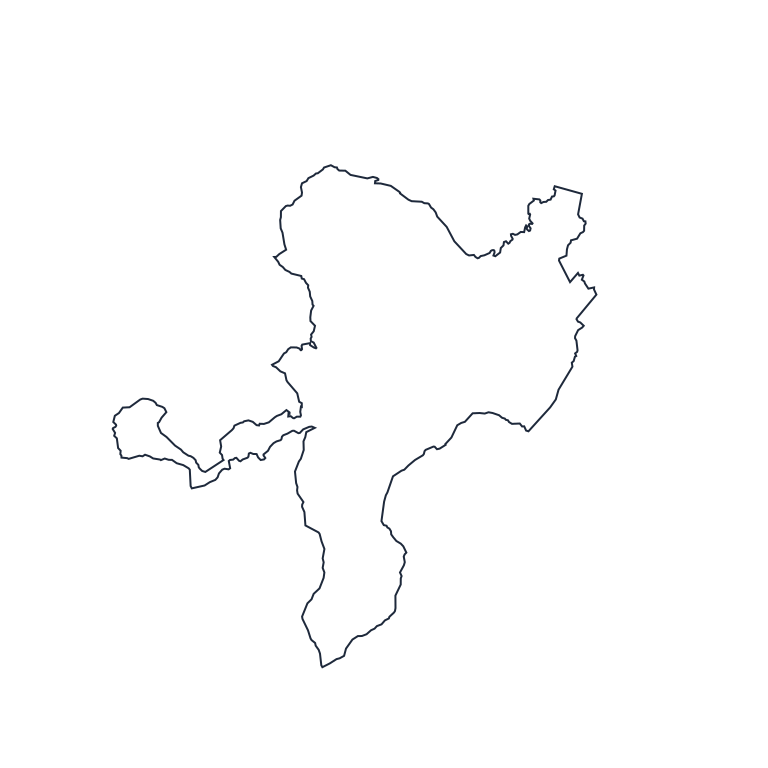 Pasaje, El Oro, Ecuador (Mercator projection), rotated 151°
{"feature_id": "8360857B52243980096662", "entity_name": "Pasaje", "entity_type": "district", "adm_level": 2, "iso_a3": "ECU", "parent_name": "Ecuador", "parent_adm1": "El Oro", "projection": "mercator", "projection_center": [-79.713, -3.323], "detail": "fine", "context": "isolated", "style": "outline", "palette": "slate", "viewbox_px": 768, "rotation_deg": 151, "n_neighbors": 0, "source": "geoboundaries", "source_scale": "gbopen_adm2", "svg_char_len": 6154}
<svg xmlns="http://www.w3.org/2000/svg" viewBox="0 0 768 768"><g transform="rotate(151 384 384)"><path d="M358.4,599.3L361.2,596.5L362.9,591.2L364.8,588.7L373.4,587.7L376.9,585.3L379.7,585.4L381.8,586.8L383.6,587.2L390.3,585.2L393.3,579.9L395.3,577.8L398.9,570.2L399.4,565.6L403.4,554.4L404.5,548.9L412.6,548.4L416.6,547.4L418.4,548.3L417.3,542.2L417.5,538.9L415.8,535.4L415.0,531.6L412.3,527.8L411.5,525.5L404.0,518.6L404.8,516.1L403.1,514.4L403.2,510.3L402.4,507.1L403.8,505.1L404.2,500.7L406.1,496.4L406.5,491.3L408.0,488.1L407.7,486.5L412.1,483.6L416.1,478.1L417.8,474.7L416.1,468.4L419.9,464.2L423.8,462.6L424.5,460.3L426.1,459.3L427.2,456.9L425.4,454.3L425.6,448.4L426.2,448.2L427.6,449.8L429.8,453.8L428.9,455.6L436.4,458.1L437.6,457.3L438.8,454.2L439.9,453.7L440.5,454.0L440.7,455.9L442.7,458.3L447.7,461.2L450.9,460.9L454.1,459.2L456.7,459.2L465.1,454.9L472.6,455.1L472.4,453.6L470.3,451.0L468.5,445.3L465.4,441.3L467.5,434.5L467.4,432.4L464.4,417.9L466.8,409.6L465.2,407.1L467.0,403.8L467.6,404.5L470.8,400.2L471.8,396.9L473.0,396.0L476.1,397.7L479.2,397.6L480.0,398.2L481.2,401.1L483.5,402.0L481.8,404.5L481.1,403.8L480.4,404.9L482.0,408.5L488.4,407.3L493.2,408.0L495.7,407.8L503.3,406.3L508.4,407.3L512.0,409.5L513.4,408.3L515.4,409.8L517.1,414.5L520.2,417.9L524.4,419.2L526.1,418.8L528.3,419.6L535.0,420.1L537.1,418.2L539.5,417.4L554.6,414.3L556.7,408.3L560.9,403.6L560.1,400.4L561.4,396.9L561.2,395.3L582.9,393.7L585.2,396.1L586.2,399.4L586.4,400.9L585.6,403.3L586.4,406.3L585.7,408.7L586.5,411.8L588.1,414.6L589.8,416.1L592.7,421.6L593.4,425.1L596.6,431.4L599.9,443.1L602.8,449.3L602.1,457.0L600.7,459.6L599.3,459.6L594.8,462.4L588.0,464.9L587.8,469.3L589.0,471.5L592.9,475.7L592.9,478.3L594.0,481.2L597.6,485.2L602.2,488.2L604.7,488.6L617.8,487.0L623.9,490.0L629.9,487.1L634.8,486.7L639.2,482.0L638.1,478.4L638.4,477.4L639.7,476.7L642.3,476.8L643.1,476.2L642.9,471.6L645.1,469.5L644.0,466.0L647.6,456.9L646.7,453.3L648.6,450.5L648.4,448.7L649.3,446.9L644.6,443.7L643.6,442.3L632.8,439.9L630.2,437.8L627.3,438.0L623.9,434.2L622.0,430.8L616.5,426.5L616.1,425.6L611.9,425.1L609.1,422.1L606.2,420.4L603.7,415.2L598.9,410.4L595.7,404.9L595.4,403.2L602.6,388.5L602.7,385.9L590.1,382.2L583.9,382.6L578.0,381.9L574.8,383.0L571.7,385.8L567.0,387.5L564.5,387.2L561.3,384.7L559.4,384.9L557.1,391.9L555.5,392.2L552.6,391.0L550.3,391.5L548.9,391.0L548.0,387.1L547.0,386.0L544.2,386.5L539.1,385.7L537.8,386.2L535.9,388.7L534.2,388.6L532.3,386.2L529.4,384.5L529.7,380.8L528.7,377.3L525.5,376.2L523.7,376.8L524.0,379.9L523.5,380.8L517.9,381.8L514.1,384.3L509.3,385.8L505.9,385.9L501.6,385.0L500.3,385.6L498.8,387.4L496.9,388.0L492.5,387.4L486.9,387.5L485.4,386.8L482.7,382.5L481.4,382.0L476.7,383.5L470.2,382.8L467.8,381.8L465.8,379.2L475.3,379.6L478.6,375.7L482.2,372.9L486.2,365.2L493.0,358.9L496.0,357.5L504.3,350.6L508.9,339.9L509.6,335.9L511.6,333.1L512.7,330.0L511.7,319.8L514.0,318.2L515.2,316.3L515.7,310.6L521.3,298.4L513.2,285.9L513.0,284.0L514.9,276.7L516.1,268.6L522.2,261.2L523.2,257.3L526.8,252.9L527.5,248.1L530.8,243.7L539.5,236.5L547.2,234.6L551.8,230.8L557.3,229.3L568.4,220.3L569.2,218.0L569.9,205.4L571.6,197.0L571.5,195.1L569.8,190.9L570.6,188.3L570.0,183.2L570.7,179.2L575.2,168.4L575.2,166.2L566.9,165.9L558.9,166.4L555.8,165.6L550.7,165.6L545.5,171.0L535.5,175.8L529.1,176.2L525.5,174.3L520.6,173.6L514.7,174.9L510.9,174.6L507.6,175.7L502.7,175.0L497.8,176.8L493.4,176.6L492.1,177.8L486.0,179.3L484.5,180.1L482.6,182.4L476.6,193.4L466.6,200.5L463.6,205.8L461.7,207.5L461.4,211.4L454.5,215.8L452.2,218.1L450.4,223.5L448.5,225.0L446.2,225.7L445.8,232.7L446.7,236.2L449.3,240.7L450.2,245.4L450.6,249.0L449.3,251.8L449.4,254.9L450.6,256.9L450.5,258.8L452.6,260.7L452.7,265.3L440.9,281.1L436.3,285.8L433.6,287.5L420.9,298.9L410.7,299.7L407.8,299.2L402.1,300.9L393.7,302.5L384.5,302.8L383.0,303.5L381.1,305.6L379.5,306.2L371.1,305.3L370.1,304.6L369.3,301.3L366.7,300.5L359.6,300.9L359.5,301.7L351.0,304.5L339.9,312.4L335.3,312.5L331.6,311.7L320.7,315.4L314.5,312.3L310.2,309.3L306.3,308.6L303.1,306.0L298.5,300.9L297.1,297.2L295.1,295.2L294.8,293.6L293.2,292.2L293.1,290.1L291.4,287.1L284.4,283.6L283.8,279.9L281.9,279.0L282.3,274.4L280.6,272.6L250.0,283.0L241.2,287.2L234.1,294.4L210.8,307.8L209.4,311.6L207.0,312.1L203.8,315.3L202.3,315.3L202.0,318.1L199.5,318.5L198.4,319.6L194.7,328.6L194.7,331.5L193.6,333.2L188.1,337.0L183.3,337.3L181.1,338.1L182.5,342.7L184.1,344.5L184.2,347.4L183.6,348.0L154.9,359.2L154.5,364.9L153.4,366.6L159.0,368.3L159.5,374.5L159.1,376.5L160.4,379.3L156.9,382.2L157.1,383.1L160.6,384.1L160.5,387.1L171.9,382.9L171.1,407.1L169.9,408.7L162.2,407.8L158.7,413.1L155.8,416.1L152.3,417.1L150.8,419.0L144.7,417.5L139.2,420.6L136.4,420.4L134.7,421.0L132.1,425.5L129.9,426.5L129.0,428.6L130.3,429.5L130.2,432.4L132.2,434.8L132.0,438.3L118.7,454.4L138.8,474.2L141.1,472.0L140.2,470.0L143.4,466.2L144.5,465.8L146.2,466.5L148.9,464.5L151.4,465.4L153.7,464.7L156.3,465.9L158.8,466.0L159.2,467.2L158.3,468.7L158.6,470.1L163.5,473.6L164.0,471.8L169.6,471.0L171.4,469.9L175.2,463.0L175.1,462.5L174.0,462.2L174.0,461.4L176.8,458.3L177.0,455.9L176.2,452.5L176.8,452.2L178.8,453.5L179.9,453.3L180.6,451.6L180.3,449.1L181.8,447.4L183.1,447.5L183.9,449.7L183.9,450.6L182.3,452.5L182.8,453.8L184.6,452.6L187.8,448.9L190.7,450.7L194.9,450.2L197.1,450.9L198.5,452.9L200.4,453.4L201.0,452.0L201.1,448.5L201.7,448.0L204.2,447.7L205.8,446.6L207.3,446.5L208.1,449.7L210.3,450.0L212.3,447.3L215.9,446.3L218.7,442.7L224.7,441.8L226.0,443.3L223.5,445.5L222.9,446.9L223.1,447.9L224.5,448.6L226.0,448.6L228.1,447.4L233.8,447.9L237.4,449.0L239.9,448.3L241.2,448.6L242.4,450.8L242.8,453.3L247.3,455.2L249.1,457.8L253.3,474.7L253.0,491.0L256.3,504.6L255.6,509.0L256.1,512.9L257.3,515.5L257.4,519.6L258.1,520.7L261.1,522.6L262.6,525.1L271.2,530.5L273.3,533.4L277.6,543.0L277.1,543.6L277.6,545.0L282.0,554.0L289.7,561.0L294.6,563.9L293.3,565.8L290.1,565.2L289.6,565.9L290.3,567.6L293.3,570.5L298.9,571.9L311.9,583.1L314.4,589.3L319.7,592.4L320.5,594.6L320.2,596.2L322.1,597.5L324.4,601.1L331.5,602.4L333.4,601.3L339.7,600.4L341.5,601.1L344.5,600.4L350.3,600.7L353.3,599.0L358.4,599.3Z" fill="none" stroke="#1e293b" stroke-width="2"/></g></svg>